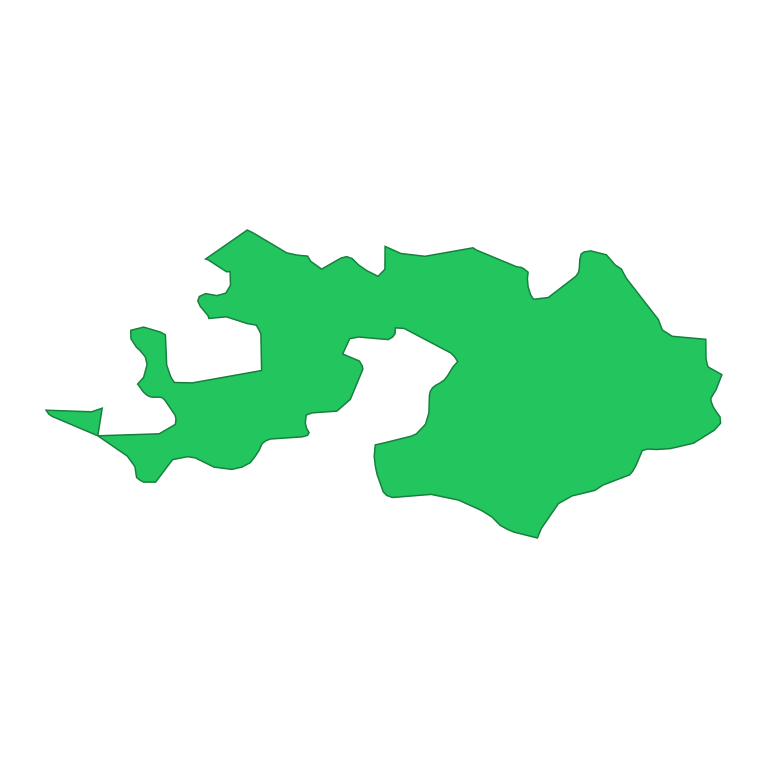 the Canton of Basel-Landschaft
{"feature_id": "CHE-3423", "entity_name": "Basel-Landschaft", "entity_type": "Canton", "adm_level": 1, "iso_a3": "CHE", "parent_name": "Switzerland", "parent_adm1": "", "projection": "robinson", "projection_center": [7.631, 47.451], "detail": "fine", "context": "isolated", "style": "filled", "palette": "green", "viewbox_px": 768, "rotation_deg": 0, "n_neighbors": 0, "source": "natural_earth", "source_scale": "10m", "svg_char_len": 2454}
<svg xmlns="http://www.w3.org/2000/svg" viewBox="0 0 768 768"><path d="M425.0,256.3L473.0,247.8L476.5,250.1L516.4,266.7L521.5,267.5L524.0,268.9L528.1,272.2L527.4,278.8L528.1,286.7L530.5,294.5L533.5,299.3L548.3,297.5L575.8,276.3L578.5,272.5L579.3,268.1L579.8,259.5L581.2,253.9L584.2,251.9L590.8,250.9L606.4,254.8L615.1,264.9L621.3,269.0L626.4,278.4L658.4,319.6L662.3,330.0L672.3,336.3L705.8,339.3L706.0,358.7L707.2,364.3L708.2,367.0L721.9,374.7L716.2,389.4L710.9,398.2L711.1,401.3L713.0,406.5L716.2,411.7L720.0,416.8L720.6,423.2L714.2,430.3L693.5,443.2L670.4,448.6L656.4,449.5L647.7,449.0L642.3,450.5L636.2,465.0L632.6,471.4L629.7,474.8L602.9,485.1L594.8,490.4L572.1,495.9L558.4,503.6L541.3,528.5L537.4,538.0L514.2,532.2L507.7,529.5L500.2,525.4L492.1,517.1L481.4,510.4L458.3,500.0L431.1,494.4L392.6,497.5L386.8,495.5L383.2,491.8L377.1,474.5L375.4,466.5L374.2,456.3L375.3,444.9L385.4,442.6L411.4,436.1L416.3,433.9L425.5,424.3L428.9,412.8L429.4,395.5L430.4,391.2L432.6,387.7L435.7,385.3L440.1,382.9L444.5,379.8L447.7,375.6L452.7,367.3L457.7,361.6L454.4,356.5L450.8,353.0L404.1,328.4L395.3,327.9L395.1,333.6L392.6,337.0L388.2,339.6L358.6,337.0L349.7,338.7L342.7,354.0L359.5,361.1L362.2,365.9L362.9,369.2L350.3,399.4L336.9,411.1L312.1,412.9L306.2,415.0L305.3,422.7L306.5,428.2L309.1,432.6L307.5,435.4L301.9,436.9L270.6,439.0L266.3,440.5L262.2,443.5L259.0,450.5L255.1,456.5L250.2,462.7L242.2,467.0L231.8,469.4L214.0,467.1L195.3,457.9L187.5,456.7L172.6,459.6L155.6,482.1L143.7,482.1L140.3,480.4L136.6,477.5L134.9,466.6L127.3,456.1L97.8,435.8L159.2,433.8L175.3,424.4L176.0,419.4L175.2,415.4L165.2,400.6L162.6,397.9L160.1,397.2L152.8,397.2L150.1,396.7L147.1,395.3L144.5,393.0L143.2,391.7L137.9,384.4L137.6,384.1L143.6,377.4L147.1,364.6L145.3,356.9L140.0,350.5L136.4,347.2L130.9,338.7L130.8,330.3L143.6,327.1L160.5,332.1L165.4,334.8L166.7,365.1L170.5,376.1L172.0,379.1L174.4,382.5L192.2,382.9L261.6,370.5L260.9,334.2L259.0,329.9L256.2,325.1L247.3,323.6L226.3,316.8L208.9,318.5L208.0,315.6L200.2,306.3L197.8,300.8L199.3,296.5L205.6,293.6L216.9,295.6L225.7,293.2L230.5,285.3L230.1,271.7L226.4,271.7L208.2,259.9L205.6,259.0L247.3,230.0L253.5,233.1L286.6,252.8L296.9,255.1L307.6,256.1L310.6,261.2L321.6,269.1L340.9,258.1L346.6,256.6L352.2,258.6L358.5,264.9L366.9,270.7L378.0,276.3L384.9,269.3L385.1,246.4L400.9,253.5L425.0,256.3ZM91.6,411.8L102.2,408.2L97.8,435.8L52.1,416.4L48.8,414.1L46.1,410.2L91.6,411.8Z" fill="#22c55e" stroke="#15803d" stroke-width="1.5"/></svg>